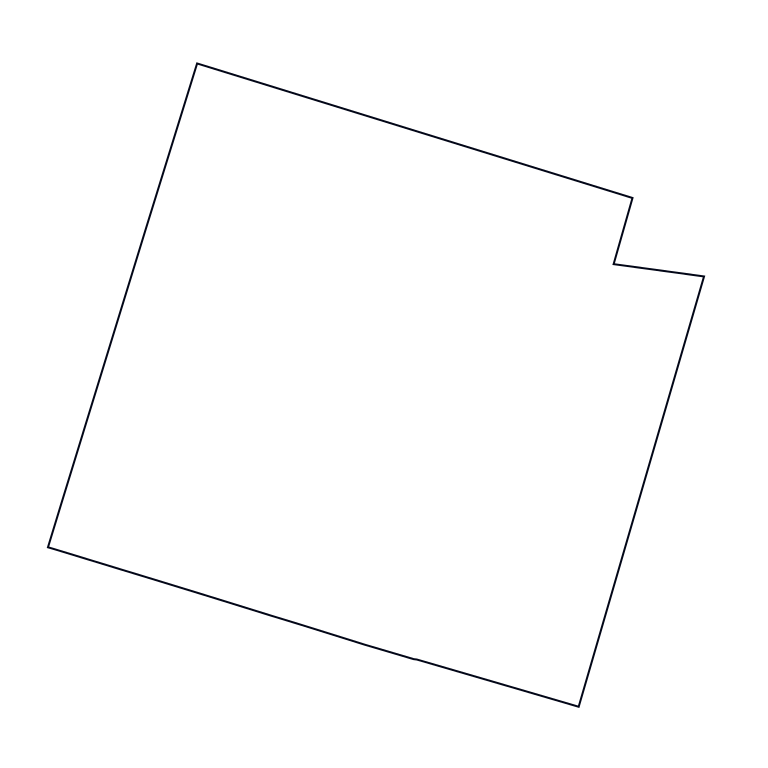 outline of Collin, Texas, United States of America, rotated 16°
{"feature_id": "52423323B10774992912194", "entity_name": "Collin", "entity_type": "district", "adm_level": 2, "iso_a3": "USA", "parent_name": "United States of America", "parent_adm1": "Texas", "projection": "mercator", "projection_center": [-96.632, 33.194], "detail": "fine", "context": "isolated", "style": "outline", "palette": "ink", "viewbox_px": 768, "rotation_deg": 16, "n_neighbors": 0, "source": "geoboundaries", "source_scale": "gbopen_adm2", "svg_char_len": 453}
<svg xmlns="http://www.w3.org/2000/svg" viewBox="0 0 768 768"><g transform="rotate(16 384 384)"><path d="M660.1,640.6L662.0,192.4L571.7,205.5L571.6,136.7L116.0,127.4L112.3,300.5L111.3,353.1L108.2,514.0L108.2,515.1L106.8,587.2L106.0,633.6L111.1,633.6L147.2,634.2L182.9,634.8L183.0,634.8L202.9,635.1L269.7,636.3L339.7,637.8L369.7,638.3L437.5,639.9L488.4,640.3L491.4,639.8L585.6,640.2L660.1,640.6Z" fill="none" stroke="#020617" stroke-width="2"/></g></svg>